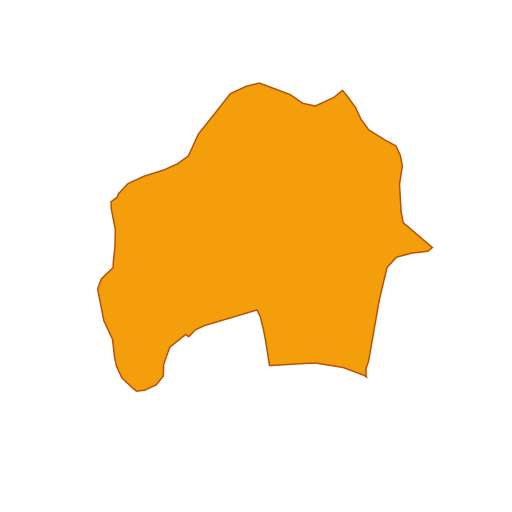 Al-Qanayat, Ash Sharqiyah, Egypt (Albers equal-area conic projection), rotated 154°
{"feature_id": "37247803B43840027244949", "entity_name": "Al-Qanayat", "entity_type": "district", "adm_level": 2, "iso_a3": "EGY", "parent_name": "Egypt", "parent_adm1": "Ash Sharqiyah", "projection": "albers", "projection_center": [31.473, 30.634], "detail": "fine", "context": "isolated", "style": "filled", "palette": "amber", "viewbox_px": 512, "rotation_deg": 154, "n_neighbors": 0, "source": "geoboundaries", "source_scale": "gbopen_adm2", "svg_char_len": 1182}
<svg xmlns="http://www.w3.org/2000/svg" viewBox="0 0 512 512"><g transform="rotate(154 256 256)"><path d="M281.6,186.4L284.4,176.0L291.9,151.6L262.1,139.2L249.4,133.7L234.2,123.0L226.6,117.6L219.1,109.7L211.5,101.7L209.7,98.8L209.0,101.7L206.3,106.8L201.1,111.9L164.1,162.9L153.6,175.7L143.1,188.4L130.2,193.3L114.9,190.4L99.6,184.9L93.8,186.3L109.1,221.4L106.3,231.8L95.6,257.5L85.0,272.8L82.2,283.1L82.0,293.5L89.5,304.1L99.4,319.9L101.7,332.9L101.5,345.9L103.8,358.9L105.6,366.9L116.5,364.4L131.9,364.7L137.0,364.8L147.1,372.8L154.5,386.0L177.1,409.9L189.9,412.8L207.8,413.2L214.7,409.8L254.4,390.8L272.7,375.7L285.6,373.3L300.9,373.7L321.4,376.8L339.3,377.2L352.3,372.3L354.9,369.7L362.5,368.3L365.3,362.2L368.1,351.8L370.8,341.5L378.8,326.1L386.8,313.3L389.5,308.2L404.9,303.3L410.2,298.3L412.8,295.7L415.6,285.4L416.9,280.2L421.1,264.8L421.2,259.6L421.5,244.0L422.6,240.9L424.2,236.3L427.0,228.6L429.7,218.2L430.0,205.3L425.1,192.2L422.7,186.9L415.0,184.2L402.2,183.9L391.9,188.8L386.5,199.1L381.3,204.2L373.5,211.8L363.1,214.2L353.6,216.3L351.9,213.0L342.6,216.3L332.3,216.0L278.7,207.1L278.8,199.3L281.6,186.4Z" fill="#f59e0b" stroke="#b45309" stroke-width="1.5"/></g></svg>